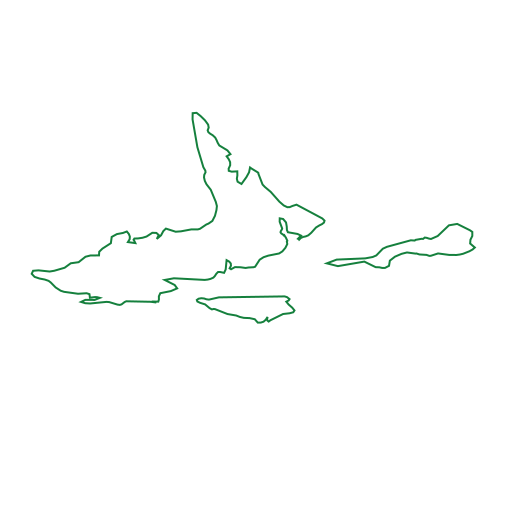 Masbate, Mercator projection, rotated 123°
{"feature_id": "PHL-2540", "entity_name": "Masbate", "entity_type": "Province", "adm_level": 1, "iso_a3": "PHL", "parent_name": "Philippines", "parent_adm1": "", "projection": "mercator", "projection_center": [123.509, 12.44], "detail": "fine", "context": "isolated", "style": "outline", "palette": "green", "viewbox_px": 512, "rotation_deg": 123, "n_neighbors": 0, "source": "natural_earth", "source_scale": "10m", "svg_char_len": 3708}
<svg xmlns="http://www.w3.org/2000/svg" viewBox="0 0 512 512"><g transform="rotate(123 256 256)"><path d="M389.8,416.4L390.8,420.4L392.8,425.3L394.1,430.3L393.1,434.4L389.8,434.9L386.5,430.6L381.4,420.6L378.3,417.2L370.1,410.1L363.0,407.4L357.8,401.4L349.5,398.6L345.8,395.2L341.0,388.0L337.8,389.8L333.4,388.8L324.3,384.7L318.6,387.4L313.4,384.6L309.1,380.1L305.8,377.7L306.8,374.6L308.4,372.4L310.7,371.1L314.1,371.0L310.9,364.2L309.5,366.5L309.1,367.5L307.6,367.5L305.5,364.5L302.5,361.1L299.3,358.4L293.0,355.6L290.9,352.1L291.4,349.0L295.7,348.5L290.4,346.9L285.6,347.3L282.1,346.5L279.4,336.6L276.2,332.4L268.8,324.6L265.3,319.2L263.7,317.8L256.6,314.8L254.7,313.5L250.4,311.7L244.6,312.3L239.0,314.2L235.4,316.0L232.5,319.2L225.1,330.0L222.8,336.6L220.9,339.8L218.4,342.4L216.1,343.6L213.3,343.9L212.0,345.0L210.2,348.5L196.7,364.4L176.0,383.6L170.7,386.9L168.3,383.8L168.8,378.7L170.0,372.7L171.9,367.7L174.1,365.6L176.9,365.0L178.1,363.4L178.4,361.0L178.3,358.1L178.9,354.7L180.3,352.2L181.9,349.8L183.3,347.0L183.0,337.5L184.5,332.9L188.4,334.9L189.7,331.5L191.4,328.8L193.9,327.1L197.7,326.5L199.4,325.2L198.5,322.3L195.2,317.8L198.6,315.5L201.7,314.1L203.7,311.9L203.5,307.4L195.1,307.0L189.6,307.4L185.0,309.2L185.1,307.5L184.9,299.9L185.1,299.2L185.7,298.8L192.5,289.4L193.3,286.0L194.2,278.6L197.7,266.0L198.5,260.2L198.0,256.3L196.6,254.3L194.2,252.7L190.9,250.0L188.4,220.9L189.0,217.8L190.9,217.2L193.3,218.0L195.8,219.5L199.4,221.2L206.4,222.3L210.2,223.4L212.5,225.0L214.4,226.9L216.6,228.3L218.8,228.7L218.6,229.1L218.7,230.2L214.4,229.3L214.9,233.2L218.7,242.2L217.4,244.2L214.5,246.3L211.5,249.1L210.2,253.4L211.5,256.6L214.4,254.8L218.7,249.0L219.4,248.8L221.9,248.7L222.8,248.3L223.3,247.2L223.3,244.8L223.6,243.9L223.1,243.7L224.4,240.8L226.2,238.0L227.1,238.0L228.9,236.3L233.1,235.8L237.8,236.4L241.3,238.0L249.0,245.9L252.9,249.0L257.1,250.9L265.5,250.9L266.8,252.0L269.7,256.0L271.7,258.2L273.9,262.9L276.8,267.6L280.7,269.7L280.7,271.4L277.8,271.7L276.0,273.1L275.3,275.4L275.5,278.4L283.8,274.1L287.5,273.6L289.0,277.5L290.1,279.1L292.5,279.6L295.3,279.6L297.4,280.0L300.0,281.7L302.1,283.7L304.0,286.0L319.4,312.7L325.8,319.5L324.6,308.4L326.1,304.5L331.8,308.3L339.3,316.0L342.7,315.5L345.4,313.7L347.5,313.1L349.3,316.0L349.3,314.3L351.7,319.3L364.6,340.1L366.1,341.1L369.8,342.4L371.2,343.6L372.2,345.7L374.6,354.0L375.9,356.4L386.2,369.3L388.6,373.5L389.8,377.7L385.7,375.2L380.7,367.4L376.2,364.2L377.1,366.9L378.1,368.6L381.4,372.6L378.7,374.9L379.5,377.8L384.6,384.7L390.6,397.5L391.5,400.9L391.5,406.9L390.0,413.7L389.8,416.4ZM200.2,149.6L201.7,162.1L219.9,181.8L223.6,192.6L215.1,186.4L198.5,163.1L193.3,157.6L190.0,155.4L180.8,153.6L177.0,151.2L158.5,134.7L156.6,131.3L155.6,131.0L151.3,126.4L150.7,125.2L148.6,124.5L147.8,122.7L147.2,120.4L146.4,118.5L140.3,114.5L125.2,110.9L119.5,104.7L117.9,90.6L118.0,87.7L121.4,85.5L125.6,85.0L128.9,83.2L129.7,77.1L132.6,77.9L135.8,79.6L141.3,83.5L143.8,85.9L146.0,88.5L149.8,94.4L154.7,104.7L160.6,109.5L161.5,110.7L162.2,113.6L165.7,119.8L166.5,122.8L167.1,123.5L170.8,131.3L174.9,135.1L180.9,139.1L187.0,141.2L191.8,139.1L195.7,141.3L197.3,143.7L198.3,146.4L200.2,149.6ZM324.3,272.3L325.7,277.3L326.1,280.4L325.1,281.7L323.1,280.9L321.2,278.9L319.9,276.4L319.3,274.0L318.2,271.7L310.9,264.6L274.3,210.0L273.6,207.6L273.9,204.4L275.5,204.4L277.8,205.7L278.9,202.3L279.6,197.5L280.7,194.1L282.9,194.1L285.7,196.6L289.9,201.7L302.0,208.9L304.1,209.7L303.9,211.3L303.1,212.2L300.8,213.1L304.1,213.1L307.0,213.9L309.2,215.7L310.9,218.2L309.7,222.6L311.6,227.6L314.5,232.5L315.9,236.3L316.7,240.2L320.2,248.3L322.9,261.5L323.5,262.7L324.8,263.9L325.0,266.6L324.3,272.3Z" fill="none" stroke="#15803d" stroke-width="2"/></g></svg>